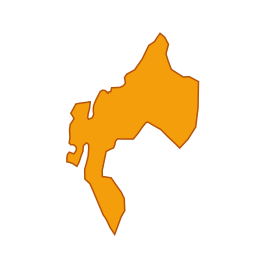 Södertälje, Stockholm, Sweden (Albers equal-area conic projection), rotated 212°
{"feature_id": "70781695B28053547140840", "entity_name": "Södertälje", "entity_type": "district", "adm_level": 2, "iso_a3": "SWE", "parent_name": "Sweden", "parent_adm1": "Stockholm", "projection": "albers", "projection_center": [17.571, 59.144], "detail": "fine", "context": "isolated", "style": "filled", "palette": "amber", "viewbox_px": 256, "rotation_deg": 212, "n_neighbors": 0, "source": "geoboundaries", "source_scale": "gbopen_adm2", "svg_char_len": 1603}
<svg xmlns="http://www.w3.org/2000/svg" viewBox="0 0 256 256"><g transform="rotate(212 128 128)"><path d="M73.5,138.4L71.2,150.3L71.1,164.7L79.2,182.0L92.8,204.7L94.0,204.6L103.1,204.0L108.3,200.5L122.3,200.6L129.8,206.4L135.1,211.0L138.0,220.4L145.0,224.4L151.0,225.3L151.4,215.1L154.1,209.1L152.5,193.8L153.2,180.8L154.8,177.9L157.6,173.0L157.7,168.9L156.0,167.1L154.0,164.7L154.3,161.4L155.5,159.6L156.1,158.3L158.4,156.8L161.0,154.9L163.2,153.5L162.6,151.6L161.9,149.7L163.3,148.5L163.4,146.8L164.3,146.8L164.7,147.4L167.6,147.6L169.7,146.5L170.9,144.3L170.2,135.7L169.5,131.3L169.0,129.2L167.9,126.3L166.1,123.5L164.3,121.4L163.8,117.6L164.7,116.4L166.1,114.5L167.7,115.5L169.3,119.0L170.9,124.0L173.7,129.9L173.9,130.2L176.4,128.1L182.1,123.4L184.9,120.7L184.3,110.1L181.0,108.7L178.7,107.1L178.9,100.5L176.6,95.4L172.0,88.9L170.0,84.1L167.6,83.5L165.5,84.9L162.3,84.6L160.9,83.4L160.0,81.0L160.2,77.4L165.0,76.4L165.3,73.3L163.8,69.9L161.9,66.9L160.0,67.7L155.9,68.6L151.0,68.4L151.4,73.1L152.8,78.8L154.0,84.6L156.5,89.5L155.2,93.4L152.7,93.2L150.6,90.0L147.0,83.3L144.5,75.9L142.8,69.9L137.6,61.9L130.9,60.6L125.3,56.9L103.2,41.3L97.8,38.9L90.2,34.0L82.9,30.7L84.6,38.9L86.7,48.8L87.0,56.3L93.8,66.2L99.9,70.1L100.8,70.4L108.2,73.5L115.9,76.8L122.1,74.2L124.0,73.2L127.3,78.2L130.0,85.4L131.9,90.6L134.1,96.5L131.5,100.9L129.7,103.4L130.3,106.8L131.6,110.1L131.2,113.1L126.9,115.7L117.6,121.5L116.6,129.7L116.3,137.0L115.4,142.7L113.7,143.6L108.2,143.7L99.3,144.1L91.1,142.1L89.6,141.8L77.8,139.4L76.5,139.0L75.5,138.8L73.5,138.4Z" fill="#f59e0b" stroke="#b45309" stroke-width="1.5"/></g></svg>